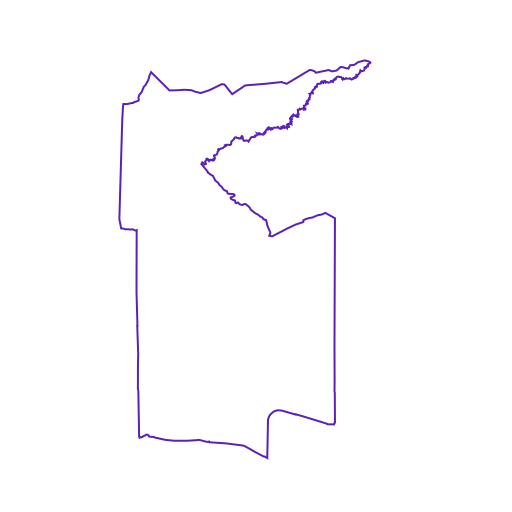 outline of Yerba Buena, Tucumán, Argentina, rotated 79°
{"feature_id": "61730980B10668196443859", "entity_name": "Yerba Buena", "entity_type": "district", "adm_level": 2, "iso_a3": "ARG", "parent_name": "Argentina", "parent_adm1": "Tucumán", "projection": "mercator", "projection_center": [-65.399, -26.771], "detail": "fine", "context": "isolated", "style": "outline", "palette": "violet", "viewbox_px": 512, "rotation_deg": 79, "n_neighbors": 0, "source": "geoboundaries", "source_scale": "gbopen_adm2", "svg_char_len": 6033}
<svg xmlns="http://www.w3.org/2000/svg" viewBox="0 0 512 512"><g transform="rotate(79 256 256)"><path d="M454.5,285.7L456.5,283.5L418.7,275.4L416.1,273.8L414.8,272.7L413.1,270.2L412.0,268.0L411.5,264.5L412.6,260.3L419.2,247.4L418.9,247.3L422.3,240.6L434.2,218.3L434.8,218.1L436.2,211.5L435.1,211.0L434.7,210.3L405.0,204.7L404.0,204.8L393.3,202.6L361.7,196.6L234.0,171.3L226.9,179.7L227.8,183.2L227.8,187.7L229.0,193.5L228.9,196.7L229.3,200.2L229.9,202.7L231.7,203.1L232.7,211.1L234.8,219.4L239.8,236.4L238.7,239.1L236.3,237.6L235.5,237.5L228.6,239.0L222.6,239.2L221.9,241.0L221.3,241.6L221.1,241.4L219.2,242.7L217.9,244.4L216.1,245.8L213.9,248.5L209.7,252.2L207.5,252.9L206.0,253.8L203.2,256.1L202.8,256.9L202.8,257.8L203.3,259.3L202.6,261.5L201.8,262.4L200.1,263.4L200.3,265.5L199.8,265.9L199.0,266.0L197.5,266.0L196.3,268.3L195.1,269.6L194.1,269.9L193.7,269.7L193.3,266.8L193.0,266.0L192.3,265.4L191.8,265.4L191.0,266.2L189.5,271.6L189.0,272.0L186.9,272.1L185.6,274.2L183.7,275.7L182.1,276.1L179.5,278.2L176.9,279.2L174.3,281.5L169.1,283.0L168.0,284.4L165.1,287.2L164.6,287.4L164.1,287.3L156.1,291.6L155.5,292.1L153.9,291.2L153.8,290.6L156.4,289.0L156.1,287.6L153.5,287.9L151.9,285.5L151.4,286.2L151.1,286.0L151.2,285.3L152.2,284.2L153.5,284.3L154.0,284.0L152.8,282.5L153.0,281.7L153.5,281.2L152.9,279.9L153.5,279.9L154.0,280.2L154.2,279.7L154.1,279.2L153.6,278.6L152.3,277.7L150.9,277.7L149.9,278.2L149.3,278.1L149.0,275.5L148.3,274.6L146.0,273.6L145.3,272.4L144.1,272.8L143.9,272.6L144.2,271.1L143.8,269.8L143.8,268.1L142.7,266.3L142.3,264.6L141.9,264.6L141.3,265.1L141.1,264.5L141.5,262.0L141.9,261.0L141.9,259.5L140.9,258.8L139.2,258.6L137.1,255.3L135.7,254.3L135.9,253.2L135.7,252.9L136.5,251.9L136.7,251.0L137.5,250.2L137.6,249.7L137.3,249.1L137.8,248.4L137.1,247.8L136.0,247.6L135.6,247.1L135.7,246.7L136.3,246.4L138.3,246.5L140.5,246.1L140.8,244.9L140.6,244.2L140.7,243.5L141.1,242.8L141.2,242.1L142.2,241.5L138.8,238.4L138.4,237.5L138.8,236.0L138.8,235.0L138.3,234.6L138.6,233.9L138.3,233.6L137.9,234.0L137.6,233.9L137.5,233.4L137.7,232.2L137.0,231.3L136.3,231.1L135.9,231.3L136.4,230.4L137.4,229.9L137.4,229.2L136.3,229.4L136.1,229.3L137.8,227.1L137.9,226.4L138.3,225.9L137.9,224.6L137.4,224.2L137.3,224.9L136.9,225.0L136.2,224.0L136.7,223.6L136.6,223.0L136.2,222.9L135.6,223.3L134.9,222.3L134.1,221.8L134.1,221.0L133.0,220.5L133.1,220.1L134.1,220.1L134.2,219.6L134.0,219.2L133.1,219.2L132.4,219.6L132.0,219.1L132.2,218.7L133.7,217.7L133.3,216.8L133.5,216.4L133.9,216.5L134.6,217.2L134.8,217.2L134.7,215.9L134.3,215.2L133.4,214.4L134.0,210.6L133.5,210.1L133.5,209.7L134.8,209.1L135.8,208.0L135.9,207.4L135.6,206.3L134.3,206.6L134.3,206.2L134.7,205.4L133.7,204.8L133.5,204.4L134.0,203.5L134.6,203.7L135.0,204.7L135.8,203.8L135.3,201.7L136.5,201.1L135.5,200.6L135.6,198.9L135.2,198.9L134.8,200.1L134.2,199.4L133.9,199.4L133.6,200.4L133.2,200.7L132.8,200.3L132.7,199.6L132.3,199.1L133.0,197.2L131.7,196.9L133.0,196.0L131.4,195.8L131.0,195.2L130.7,195.3L130.5,195.8L129.2,195.4L128.4,194.5L128.1,194.7L128.1,195.0L128.3,195.4L128.8,195.5L128.8,196.1L127.7,196.5L127.2,196.3L126.7,195.5L126.2,193.9L125.5,194.3L125.1,193.6L125.1,192.9L124.7,192.6L125.7,192.4L125.1,191.0L126.4,190.2L127.3,189.2L127.4,187.9L126.7,187.9L125.7,188.9L125.1,188.5L125.7,188.2L125.7,187.7L124.9,187.0L124.1,187.6L122.9,187.2L120.7,187.2L120.4,186.9L120.7,186.2L120.3,185.7L120.3,185.3L119.9,185.0L120.6,184.5L120.3,183.8L120.0,181.5L121.5,181.2L121.6,179.6L120.5,179.4L119.9,180.3L119.5,180.6L117.6,180.3L117.7,178.6L116.1,177.9L116.6,177.0L116.4,176.0L114.8,176.3L114.2,176.8L113.6,176.3L113.9,175.7L113.9,175.2L112.8,175.1L112.3,174.3L112.4,173.6L112.1,173.6L112.0,174.0L111.6,174.0L110.9,173.6L110.7,173.0L108.6,172.4L108.3,172.0L107.7,172.0L107.1,172.4L107.1,171.9L106.8,171.1L107.2,169.1L106.4,169.1L106.2,169.9L105.8,170.1L103.7,168.0L102.9,166.2L101.5,166.0L101.1,165.1L101.6,164.6L101.4,163.8L99.9,163.6L98.9,162.9L98.8,162.1L99.2,160.4L98.9,159.9L99.0,159.4L98.7,159.1L97.8,159.0L97.1,158.0L97.3,157.3L98.2,157.8L99.0,156.9L97.5,155.9L97.1,155.3L97.2,154.9L99.1,154.5L98.6,153.3L99.7,151.9L99.6,150.4L99.3,149.4L98.6,149.1L98.7,148.0L99.5,147.7L99.8,147.2L99.1,146.9L98.4,146.0L97.8,146.1L97.6,145.4L97.1,144.8L97.9,144.4L97.8,144.0L96.5,143.6L95.5,142.0L95.6,140.8L96.2,140.0L96.4,138.5L97.6,137.6L98.6,137.7L98.8,137.2L99.2,137.1L98.2,136.2L99.3,135.5L99.0,134.0L98.6,133.6L99.3,132.9L99.7,129.7L100.3,129.5L100.2,129.0L101.0,128.4L100.7,126.9L99.8,126.4L100.3,125.6L100.2,125.0L100.0,124.7L99.6,124.9L99.2,124.5L99.9,123.6L99.1,122.5L98.6,123.2L97.3,122.9L97.5,122.1L97.4,121.0L96.6,119.8L95.9,119.5L95.6,118.7L94.9,118.7L93.7,118.1L94.3,117.7L94.7,116.7L94.7,114.9L93.6,113.8L92.6,113.5L92.0,113.7L91.8,113.6L92.2,112.3L91.4,112.2L91.5,111.3L90.8,110.9L90.8,110.3L91.2,110.2L91.2,109.8L90.9,109.7L90.3,110.0L89.1,109.5L88.8,108.1L88.3,107.0L87.7,106.8L86.2,108.8L84.7,112.3L85.3,119.1L87.1,122.9L86.7,127.2L89.7,129.4L89.2,130.2L88.9,131.8L87.4,134.3L86.6,136.9L89.3,141.5L89.3,146.0L87.3,149.2L87.5,162.4L85.9,163.2L84.1,166.1L83.7,168.0L92.8,193.0L90.1,197.8L88.8,213.3L86.5,234.0L92.6,248.5L81.7,254.2L80.8,256.8L84.4,270.4L85.5,279.1L83.3,284.0L80.8,288.1L79.1,294.9L78.5,300.1L77.0,309.3L55.5,323.9L59.4,326.7L60.4,326.9L63.0,328.4L67.0,331.7L68.7,334.1L69.7,334.5L69.9,334.8L73.2,336.9L75.7,339.9L78.4,341.3L80.0,341.2L81.0,341.5L81.3,342.5L81.7,346.3L82.4,347.6L82.1,349.2L82.3,353.4L81.5,357.2L84.1,358.1L97.2,361.4L193.7,383.1L203.2,383.1L203.6,381.4L204.9,379.0L205.4,376.2L206.1,374.1L206.3,372.0L208.1,369.3L207.9,368.2L268.7,380.2L302.0,385.7L301.9,385.9L329.5,390.3L340.1,392.6L364.0,397.3L366.3,397.3L411.0,405.2L412.2,405.0L411.8,403.9L412.2,402.7L411.2,400.5L411.2,399.7L410.5,397.9L410.6,396.8L411.5,395.7L412.5,395.6L413.1,394.8L414.2,390.7L414.8,390.2L419.2,380.0L421.7,371.7L424.2,358.9L425.5,349.0L425.4,348.1L425.9,346.3L428.6,340.8L429.5,338.2L429.2,337.4L430.0,337.1L434.1,321.6L439.6,304.8L440.9,302.8L449.1,293.2L454.2,286.8L454.6,286.0L454.5,285.7Z" fill="none" stroke="#5b21b6" stroke-width="2"/></g></svg>